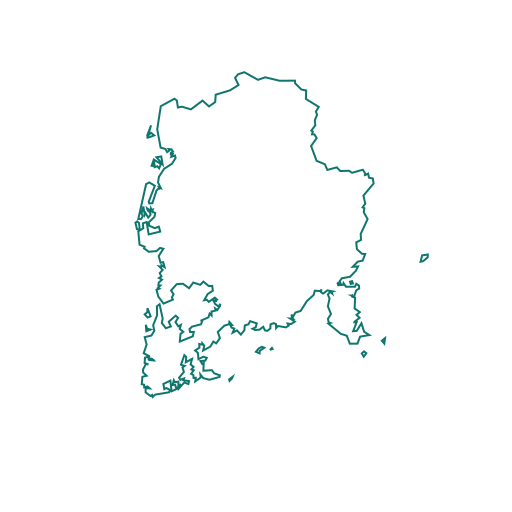 outline of Antsiranana II, Diana, Madagascar, rotated 208°
{"feature_id": "10022922B22775533170221", "entity_name": "Antsiranana II", "entity_type": "district", "adm_level": 2, "iso_a3": "MDG", "parent_name": "Madagascar", "parent_adm1": "Diana", "projection": "mercator", "projection_center": [49.235, -12.498], "detail": "fine", "context": "isolated", "style": "outline", "palette": "teal", "viewbox_px": 512, "rotation_deg": 208, "n_neighbors": 0, "source": "geoboundaries", "source_scale": "gbopen_adm2", "svg_char_len": 6160}
<svg xmlns="http://www.w3.org/2000/svg" viewBox="0 0 512 512"><g transform="rotate(208 256 256)"><path d="M274.5,172.8L273.0,173.6L272.5,169.9L279.3,163.6L280.4,160.2L278.5,157.9L275.3,159.8L274.1,155.4L283.1,144.7L286.1,151.8L284.6,154.9L289.1,155.8L290.0,159.9L291.6,157.4L296.1,159.9L295.7,164.8L298.9,165.6L302.2,157.0L298.1,153.8L301.7,149.9L307.7,152.6L309.0,156.9L318.5,168.1L319.9,165.1L315.5,157.3L314.3,146.6L310.7,142.3L311.0,136.7L316.2,132.1L311.0,126.5L309.5,117.4L303.2,117.4L301.9,114.4L299.9,115.2L300.9,116.8L299.9,115.8L299.2,116.3L298.5,115.9L297.4,116.1L297.0,115.9L301.4,114.0L302.6,114.7L303.5,116.9L306.3,114.1L304.1,109.2L300.1,109.8L302.5,108.8L302.5,102.8L301.0,100.2L296.4,98.9L299.6,96.0L296.7,89.2L294.4,89.8L293.0,87.5L290.6,89.9L287.6,89.2L291.4,87.5L289.4,83.7L283.4,82.9L282.5,84.5L281.1,83.0L279.9,86.3L268.8,94.8L268.8,97.4L273.2,97.3L274.5,95.4L277.7,99.5L273.1,105.8L267.0,96.9L263.8,101.2L267.0,104.4L269.1,102.9L270.2,107.7L268.6,106.5L265.6,108.6L264.0,105.7L262.0,107.4L263.5,103.5L262.1,102.1L259.9,110.7L255.6,111.2L256.4,114.1L261.8,112.2L262.1,114.1L264.6,111.2L266.8,112.4L265.2,119.7L268.6,123.1L267.4,125.5L271.2,124.8L272.7,134.8L270.2,134.1L268.1,129.2L264.2,135.1L262.8,129.5L259.1,128.8L259.8,125.5L257.3,125.9L258.0,121.5L255.4,121.5L253.9,119.0L252.0,120.2L250.8,116.7L247.8,122.8L249.5,125.3L245.3,123.4L239.0,124.9L231.4,132.1L231.9,133.6L238.0,132.8L241.3,134.5L248.6,130.0L252.0,137.1L252.8,135.4L255.7,137.2L251.7,139.8L251.6,142.9L255.1,142.5L258.4,137.9L261.8,143.2L265.4,144.0L262.9,148.5L264.8,151.7L262.1,152.4L262.6,153.8L259.6,152.5L258.3,147.7L253.8,154.5L253.5,160.4L250.1,160.2L249.3,166.5L254.1,171.0L251.2,179.7L247.7,183.1L248.5,185.3L244.6,183.8L245.9,182.8L244.0,181.3L241.1,181.7L240.6,177.3L237.9,181.4L232.5,179.5L231.4,185.0L233.3,189.5L230.6,192.1L230.6,195.7L223.7,196.9L222.8,192.9L224.9,190.1L222.2,190.2L218.4,192.5L216.4,196.9L213.1,194.5L210.9,195.2L209.3,198.7L211.1,202.5L208.7,205.1L206.4,205.3L204.4,201.8L203.7,204.5L196.1,207.0L194.5,209.9L196.4,211.2L193.1,212.4L190.9,216.3L196.5,216.8L193.8,218.0L195.5,218.5L195.9,220.5L197.5,220.0L195.7,220.8L194.9,218.6L194.6,224.6L190.8,228.4L189.9,240.0L186.8,248.7L187.8,253.0L182.5,255.3L182.6,257.2L181.6,254.6L179.1,254.3L176.8,259.2L171.5,260.8L172.7,259.5L171.3,258.8L171.1,258.6L173.8,259.2L174.4,255.7L171.1,252.9L168.9,245.3L162.6,240.0L163.0,234.3L160.3,231.1L159.9,231.7L158.9,231.8L160.4,230.3L144.7,227.1L138.4,228.2L132.0,222.6L125.3,226.2L126.2,233.7L118.8,239.4L125.0,239.9L131.3,246.1L131.9,237.2L134.9,235.2L136.1,244.9L138.0,243.7L138.1,244.3L135.5,250.0L139.6,251.2L138.0,255.2L144.3,256.0L148.9,265.7L151.9,265.3L152.4,265.5L152.7,266.2L152.9,265.9L153.2,265.9L152.5,266.3L151.6,265.3L150.3,266.2L151.4,272.7L149.6,275.7L151.2,278.2L154.4,278.5L154.2,275.3L162.2,271.1L165.9,273.1L165.4,271.6L170.4,268.3L169.1,270.1L170.5,269.6L171.1,270.2L170.9,270.9L168.1,271.3L170.3,272.9L169.8,276.6L163.2,281.8L160.9,289.9L161.0,294.7L165.5,291.9L163.5,298.8L159.7,301.9L160.5,309.0L163.5,307.7L170.1,309.4L173.9,315.1L170.8,319.5L173.9,324.6L174.8,341.0L181.4,345.2L182.8,349.1L184.7,349.0L184.1,353.5L189.5,359.8L186.2,375.2L189.2,379.3L193.0,378.2L195.7,381.4L198.2,377.8L197.7,379.8L202.2,382.3L210.2,374.6L213.9,374.9L221.5,370.6L226.3,372.2L233.4,365.5L238.2,369.3L247.2,368.5L259.0,379.0L257.8,388.6L261.5,390.8L263.7,389.7L264.2,392.5L266.0,392.7L265.0,399.3L267.8,403.4L268.4,409.4L270.9,411.6L270.6,417.1L285.7,418.1L289.4,425.7L294.1,424.3L302.6,426.9L303.9,429.1L317.5,421.8L331.8,418.1L336.9,412.5L352.6,412.8L357.1,408.1L358.1,403.4L351.7,398.8L356.7,390.1L367.3,379.5L364.3,372.8L367.7,366.0L376.2,368.1L382.3,354.9L391.4,353.1L394.7,350.5L398.9,356.1L401.8,356.6L410.4,343.6L402.7,321.5L391.1,306.9L386.2,308.0L383.2,306.0L382.0,308.6L383.4,309.4L380.7,310.5L378.3,309.2L379.6,307.1L378.9,305.7L377.4,306.9L377.3,303.9L374.7,306.7L373.0,304.8L373.5,298.0L378.1,289.8L378.9,280.4L377.0,274.9L371.9,271.2L373.7,271.0L371.9,270.0L373.5,270.4L374.6,267.1L372.3,254.0L374.9,252.3L376.2,253.5L378.3,270.5L384.7,270.9L386.8,267.9L377.3,233.4L374.9,234.6L374.6,238.1L377.0,239.6L378.7,246.8L373.6,240.1L373.7,242.1L369.2,239.3L368.5,243.0L370.2,244.8L372.7,245.3L373.9,246.2L374.6,247.0L370.5,246.3L371.2,248.7L368.9,246.8L369.2,248.3L368.9,248.6L368.6,246.6L365.2,246.6L364.0,243.0L366.5,235.3L364.4,232.6L358.4,233.1L355.6,236.3L352.0,232.6L360.9,224.7L368.5,234.6L371.2,231.8L368.6,227.5L371.5,222.5L364.1,211.3L358.7,211.9L358.5,210.2L352.6,209.4L346.2,213.6L344.5,218.1L341.2,218.9L341.9,210.3L337.2,205.3L335.0,207.0L331.4,203.2L335.2,203.5L334.6,202.0L336.5,201.4L331.9,199.9L333.0,195.7L329.9,193.5L331.3,191.0L327.9,191.0L329.4,186.8L328.4,184.2L326.6,185.0L327.6,181.8L326.0,181.8L328.0,179.4L323.2,174.3L315.3,170.6L308.9,178.5L310.8,179.9L310.9,183.6L314.8,185.6L312.8,193.9L307.5,197.2L300.0,196.1L298.9,203.1L291.7,204.4L290.4,208.7L283.6,207.3L280.6,209.0L277.8,205.1L280.8,199.7L281.0,192.6L278.9,194.3L276.2,193.3L272.8,199.9L270.0,199.2L271.6,197.5L269.4,197.9L272.4,196.4L269.6,194.5L265.2,193.8L265.1,197.0L264.3,194.9L264.8,190.1L267.4,190.5L266.0,188.9L269.2,186.1L267.3,182.6L269.9,183.4L269.2,179.5L274.5,172.8ZM390.5,286.7L388.5,287.5L389.9,287.2L390.7,288.1L389.8,290.8L387.2,286.9L385.3,288.9L382.7,287.9L383.1,292.5L391.5,293.2L390.5,286.7ZM109.6,334.5L108.0,328.2L106.0,329.9L103.8,335.4L105.0,338.0L109.6,334.5ZM390.2,296.5L381.5,293.1L386.4,299.4L390.2,296.5ZM408.6,311.2L406.9,309.8L402.5,314.7L406.5,315.5L407.9,311.5L410.0,322.1L408.6,311.2ZM211.1,171.4L207.1,171.7L208.2,173.9L205.6,178.9L208.2,178.6L210.2,175.6L211.1,171.4ZM373.7,223.8L371.1,224.7L374.7,230.2L377.1,230.8L378.1,228.8L373.7,223.8ZM322.8,150.8L320.7,153.2L327.3,159.0L325.6,155.3L326.9,152.2L322.8,150.8ZM113.6,217.7L113.0,222.0L115.8,222.5L116.9,219.6L113.6,217.7ZM321.0,143.5L317.5,138.1L314.6,141.5L318.0,140.7L321.0,143.5ZM105.1,240.3L101.6,238.9L103.5,244.1L105.1,240.3ZM159.3,275.8L157.5,277.2L159.4,278.9L160.9,277.5L159.3,275.8ZM220.7,133.3L219.7,136.7L219.9,138.5L221.8,134.4L220.7,133.3ZM198.8,182.3L199.6,179.7L197.7,181.6L198.8,182.3Z" fill="none" stroke="#0f766e" stroke-width="2"/></g></svg>